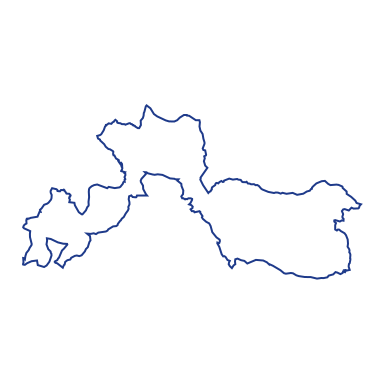 outline of Malnas, Covasna, Romania
{"feature_id": "2599482B6091931958570", "entity_name": "Malnas", "entity_type": "district", "adm_level": 2, "iso_a3": "ROU", "parent_name": "Romania", "parent_adm1": "Covasna", "projection": "mercator", "projection_center": [25.812, 46.025], "detail": "fine", "context": "isolated", "style": "outline", "palette": "blue", "viewbox_px": 384, "rotation_deg": 0, "n_neighbors": 0, "source": "geoboundaries", "source_scale": "gbopen_adm2", "svg_char_len": 5983}
<svg xmlns="http://www.w3.org/2000/svg" viewBox="0 0 384 384"><path d="M62.8,267.7L63.8,265.2L64.6,264.6L65.2,261.9L67.4,260.2L70.3,259.5L71.2,257.8L74.8,255.9L76.8,255.5L79.3,256.1L81.6,255.3L84.9,251.4L85.9,249.1L87.8,247.2L89.4,242.0L90.5,240.4L90.0,236.1L87.0,233.6L90.6,233.9L93.7,233.3L96.0,234.1L98.3,232.6L105.9,231.5L107.5,230.6L108.2,229.4L113.1,226.4L116.2,226.1L117.5,225.2L117.9,223.8L120.1,220.9L120.8,220.4L121.8,218.7L123.8,217.0L125.7,213.5L127.9,210.5L128.6,208.8L128.3,207.0L129.5,204.3L129.4,202.1L128.7,199.3L129.1,196.3L131.3,195.4L132.6,197.0L135.3,197.3L136.3,197.2L137.0,195.5L147.0,195.5L145.8,194.0L143.2,189.0L143.0,185.6L140.9,182.1L140.7,180.7L141.5,178.8L145.8,174.1L145.5,172.8L144.9,172.2L146.5,172.3L147.9,173.3L152.7,174.5L154.7,174.8L157.7,174.3L162.5,174.9L170.0,178.4L174.5,178.8L175.4,179.3L178.5,179.3L177.4,180.7L181.3,183.8L181.5,186.0L183.3,190.5L183.0,194.2L181.3,196.4L182.2,198.3L183.2,198.2L185.1,199.4L185.9,198.9L187.1,199.2L188.4,198.3L190.7,198.3L192.1,198.9L192.1,199.8L190.5,203.0L189.1,204.4L191.3,205.1L192.7,206.6L192.4,208.1L190.6,209.3L191.8,211.1L193.7,211.1L194.5,212.3L199.5,211.2L200.3,211.9L200.2,212.7L202.5,216.1L201.9,217.3L202.8,218.8L206.2,221.8L209.2,223.4L210.6,226.0L212.3,232.2L216.5,237.4L219.6,239.6L219.9,241.0L219.3,243.0L218.7,243.3L217.4,242.6L217.3,243.3L219.3,246.9L221.7,254.3L223.2,256.4L224.4,256.2L225.5,256.9L227.5,260.0L229.8,260.9L229.1,262.2L228.7,264.2L229.8,266.1L231.9,268.1L233.6,265.4L235.3,264.2L235.0,261.6L235.3,259.3L237.5,258.6L241.1,260.2L244.4,260.9L247.3,263.5L255.9,259.9L263.2,260.5L266.9,262.3L269.1,264.4L269.2,264.1L272.8,265.7L280.4,270.2L284.0,273.2L285.9,273.7L290.9,273.0L293.0,273.3L296.3,275.3L298.8,276.1L304.7,277.0L310.8,277.1L317.0,278.6L321.4,278.0L323.6,278.1L327.4,277.3L328.7,275.6L333.2,274.4L335.5,272.1L337.4,272.6L340.4,274.1L342.6,273.0L343.1,271.5L345.0,272.2L345.2,271.8L344.3,270.2L345.8,270.0L346.7,270.6L349.7,269.9L348.7,266.9L348.7,265.8L349.0,263.9L349.7,263.2L350.3,260.0L350.4,258.9L350.1,258.5L350.4,254.8L350.0,253.3L349.3,252.4L349.5,250.4L349.2,249.2L347.6,246.7L348.0,243.7L347.7,239.5L346.0,235.2L344.5,233.2L340.7,231.0L339.3,229.7L338.0,229.5L336.9,230.5L335.2,229.5L335.2,225.1L336.0,223.1L334.3,221.6L334.3,220.4L335.2,220.1L339.9,221.5L341.8,220.4L343.5,220.7L343.6,218.9L342.5,217.7L342.4,216.5L343.1,214.5L343.0,213.7L341.9,211.1L343.2,209.4L344.7,209.1L348.8,210.5L351.5,207.7L353.6,208.6L358.3,208.4L359.0,207.8L359.6,205.8L361.0,204.3L356.6,203.0L355.3,200.6L351.1,196.8L346.7,193.9L346.6,191.5L342.7,188.0L342.5,186.8L342.1,186.4L338.6,184.9L336.4,184.6L330.4,185.1L328.2,183.9L324.9,180.9L321.7,181.2L316.4,183.4L313.4,186.1L312.0,187.6L311.9,188.8L310.9,189.1L309.8,190.7L306.8,191.5L303.3,193.7L297.1,194.8L292.7,192.9L286.5,193.8L282.5,192.8L280.7,193.6L277.9,192.6L275.7,192.5L274.0,193.0L268.3,191.9L262.4,189.5L261.2,188.7L258.8,185.9L257.2,185.0L255.7,185.2L254.0,184.2L251.1,184.3L249.7,183.6L247.9,183.5L246.6,181.8L245.8,182.2L242.8,182.1L242.0,181.7L240.7,179.9L238.2,179.6L237.2,179.0L232.9,179.6L229.2,178.6L224.1,180.6L223.6,181.8L222.8,182.0L221.4,181.0L219.4,182.1L218.3,183.4L216.9,182.9L216.1,183.1L215.5,183.8L215.2,185.1L212.1,187.3L211.7,188.4L211.9,189.1L211.3,190.2L210.8,190.5L210.6,191.3L209.3,191.9L208.3,193.0L203.1,185.2L200.3,179.6L200.7,178.7L200.5,177.8L200.9,177.1L207.4,167.8L205.2,165.6L203.9,161.2L204.8,158.3L204.2,156.3L205.9,155.4L206.1,154.7L205.2,150.4L203.4,150.0L202.7,148.5L204.5,143.8L204.5,142.4L203.4,138.7L202.6,134.0L200.4,130.6L199.5,126.5L199.9,122.2L199.4,120.2L195.8,120.2L189.2,115.8L186.9,115.5L186.8,115.0L183.9,115.0L179.8,117.6L177.2,120.2L174.3,121.5L169.1,121.4L165.7,120.4L157.2,116.4L153.9,114.0L150.4,108.3L146.6,105.4L145.8,106.4L144.4,111.8L143.8,113.1L143.6,115.6L142.9,118.0L140.7,120.6L140.9,125.1L139.2,128.1L137.8,128.1L135.2,126.5L134.9,125.9L133.4,125.5L133.3,125.0L132.5,124.9L132.0,124.2L130.7,123.9L130.2,123.3L129.3,123.2L125.4,124.7L124.7,124.2L121.8,124.1L120.5,123.3L118.1,123.0L117.2,122.5L117.1,121.3L115.4,119.8L114.4,120.7L114.0,121.6L112.5,122.4L111.4,123.8L108.6,123.4L107.2,124.6L106.0,124.9L106.1,125.6L105.1,126.4L103.7,130.3L101.2,134.3L100.0,135.1L97.2,135.9L98.0,138.5L100.0,139.6L100.2,140.5L104.2,144.2L105.7,146.7L108.4,149.0L110.0,149.3L112.9,151.1L113.3,151.6L113.1,154.0L113.5,155.3L114.4,155.4L116.0,158.5L118.7,160.0L118.8,160.3L118.2,160.8L118.5,161.4L120.1,162.9L121.1,162.7L122.0,164.0L122.1,165.3L120.8,164.7L121.8,166.1L121.5,166.4L121.6,166.8L122.4,168.0L121.9,169.8L121.3,170.5L121.2,171.1L125.1,172.2L124.4,173.0L125.3,173.7L125.4,175.2L124.5,177.1L125.3,179.1L124.6,179.7L124.7,181.7L124.2,181.5L123.3,182.3L122.8,183.8L120.4,186.8L119.4,187.4L114.7,188.1L108.7,186.9L107.2,188.2L97.2,184.5L94.1,185.1L91.6,186.3L89.6,188.0L89.0,189.2L88.8,191.8L89.1,197.1L88.5,201.9L88.7,205.1L88.3,206.1L87.3,207.1L85.9,210.4L82.5,214.3L81.7,214.3L78.8,212.2L74.9,205.3L74.4,202.8L69.3,202.2L69.9,199.6L69.1,198.1L69.6,196.5L70.2,196.5L70.6,195.3L69.3,193.8L66.5,193.6L65.1,191.3L64.3,190.7L64.3,190.0L63.8,189.6L62.8,190.1L61.0,190.0L60.0,191.3L58.6,191.2L57.5,191.0L57.3,189.9L56.4,189.2L52.1,188.2L50.6,191.0L50.7,192.7L51.7,195.0L51.5,198.1L51.0,199.6L48.6,202.6L47.3,203.6L44.1,204.8L41.6,208.4L40.0,209.8L40.6,211.8L39.6,211.6L37.5,216.7L30.5,217.9L29.3,218.5L28.0,218.5L27.7,219.1L26.8,218.8L26.6,219.1L26.3,220.4L26.5,223.5L24.5,224.7L23.5,226.2L23.2,227.4L24.2,228.4L30.2,231.1L29.9,233.9L30.0,237.2L31.7,244.0L31.5,245.1L29.7,247.8L28.6,250.2L26.4,252.9L25.4,256.1L24.9,259.3L23.8,258.1L23.2,258.0L23.5,262.3L23.0,264.2L23.2,264.6L24.9,264.8L27.1,263.2L31.6,261.2L37.0,260.5L37.8,265.1L44.1,267.0L46.6,265.5L49.4,261.7L51.5,255.6L51.4,253.8L50.7,252.6L50.6,251.5L48.3,249.2L46.5,244.4L47.1,240.7L46.9,238.3L50.8,239.0L57.9,242.4L63.2,243.7L67.1,243.9L67.3,244.6L64.0,248.6L62.0,250.5L59.0,257.6L58.1,258.5L57.3,260.1L54.8,261.5L54.7,261.9L55.4,262.8L57.2,263.3L62.8,267.7Z" fill="none" stroke="#1e3a8a" stroke-width="2"/></svg>